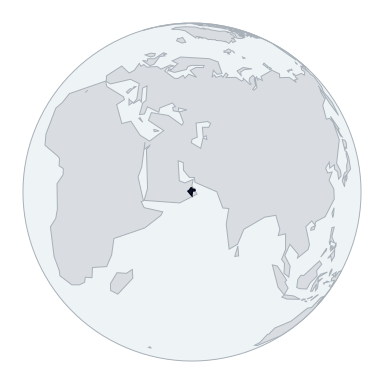 the Earth from above Ad Dakhliyah, rotated 23°
{"feature_id": "OMN-2404", "entity_name": "Ad Dakhliyah", "entity_type": "Region", "adm_level": 1, "iso_a3": "OMN", "parent_name": "Oman", "parent_adm1": "", "projection": "orthographic", "projection_center": [57.794, 22.3], "detail": "fine", "context": "on_globe", "style": "filled", "palette": "ink", "viewbox_px": 384, "rotation_deg": 23, "n_neighbors": 0, "source": "natural_earth", "source_scale": "10m", "svg_char_len": 10227}
<svg xmlns="http://www.w3.org/2000/svg" viewBox="0 0 384 384"><g transform="rotate(23 192 192)"><circle cx="192" cy="192" r="169" fill="#eef3f6" stroke="#a8b0b8"/><path d="M248.7,32.8L246.5,32.1L238.6,29.6L236.9,29.2L241.5,30.7L242.0,31.2L235.5,29.0L235.7,29.8L222.5,27.0L207.0,23.8L197.8,23.4L177.0,23.7L177.1,23.8L169.2,24.6L166.4,25.2L163.3,25.6L163.7,25.8L167.0,25.4L168.3,25.4L166.9,25.9L162.8,26.2L160.9,26.5L159.5,26.6L159.4,26.8L154.6,27.5L157.3,27.5L151.7,28.8L149.0,29.1L152.1,28.1L152.6,27.7L164.6,25.3L176.7,23.7L188.8,23.1L201.0,23.3L213.2,24.4L225.2,26.3L237.0,29.2L248.7,32.8ZM132.4,33.9L137.4,32.2L133.6,33.7L127.0,36.4L122.5,38.1L119.5,39.5L121.4,39.2L110.6,44.3L99.4,51.4L96.9,52.9L96.4,52.7L98.1,51.5L109.0,44.8L120.5,38.9L132.4,33.9ZM251.4,33.8L251.6,33.9L250.3,33.4L251.4,33.8ZM139.1,31.5L138.2,31.9L137.7,32.0L139.1,31.5ZM142.2,30.6L143.7,30.1L142.2,30.6ZM248.4,33.0L248.8,33.4L247.1,32.5L248.4,33.0ZM141.9,30.8L146.3,29.3L148.8,28.6L150.9,28.3L141.9,30.8ZM248.1,33.3L249.0,34.7L252.5,35.9L243.3,33.8L245.5,33.0L242.9,31.6L246.1,32.8L248.1,33.3ZM168.7,25.1L165.1,25.5L169.3,24.8L168.7,25.1ZM171.1,24.7L182.4,23.3L187.1,23.3L182.3,23.5L189.4,23.4L186.1,24.0L181.5,24.2L179.1,24.0L179.6,24.4L171.1,24.7ZM238.1,32.7L237.2,32.9L236.6,32.3L238.1,32.7ZM169.1,25.4L171.0,25.0L175.2,24.8L172.2,25.6L171.8,25.4L169.1,25.4ZM192.9,23.3L195.4,23.5L193.4,24.0L194.2,24.2L186.4,24.0L192.9,23.3ZM170.1,25.7L170.5,26.1L167.3,26.7L167.6,25.8L170.1,25.7ZM177.5,24.5L179.3,24.5L177.3,24.7L177.5,24.5ZM156.1,29.5L158.3,28.7L160.6,28.5L156.1,29.5ZM170.9,26.3L172.0,26.1L173.2,26.0L172.8,26.4L170.9,26.3ZM185.5,24.5L184.2,24.7L188.6,24.5L187.3,25.1L182.4,25.0L184.0,25.3L183.6,25.5L180.0,25.3L185.5,24.5ZM175.9,26.7L169.1,27.2L164.6,28.6L162.4,28.7L170.0,26.6L175.9,26.7ZM178.6,25.8L176.4,26.4L174.7,26.1L175.2,25.6L178.6,25.8ZM188.2,25.7L191.5,24.8L192.5,24.9L188.2,25.7ZM174.9,27.1L176.5,27.0L174.7,27.2L174.9,27.1ZM184.5,26.1L185.5,25.7L186.6,25.8L184.5,26.1ZM179.0,27.3L176.8,27.4L177.0,26.9L179.0,27.3ZM181.8,26.7L183.0,27.0L178.4,26.7L182.0,26.5L181.8,26.7ZM185.3,26.2L186.3,26.2L184.7,26.4L185.3,26.2ZM179.2,29.0L173.5,28.8L174.0,27.8L179.6,28.1L179.2,29.0ZM34.9,195.6L33.9,167.9L37.7,160.3L40.7,149.4L69.1,123.7L72.4,128.2L91.7,131.1L93.7,133.3L88.5,141.1L100.7,156.4L108.1,150.7L122.0,160.0L133.0,161.8L142.0,146.5L123.9,143.1L123.6,134.8L140.4,130.8L156.6,134.4L157.0,131.4L149.1,123.1L155.3,118.4L146.7,119.9L148.4,123.4L143.0,124.6L141.2,121.6L143.4,119.9L139.2,117.7L129.6,127.1L130.3,131.6L117.7,131.0L117.7,138.7L113.4,141.3L111.9,129.3L113.9,125.5L109.1,111.9L105.9,115.7L110.2,129.1L107.8,127.5L103.4,133.5L104.8,127.7L101.0,112.8L91.3,112.3L74.7,124.4L69.9,123.7L67.9,118.5L78.1,103.5L87.7,107.0L91.4,102.5L93.2,94.2L95.9,96.2L97.8,93.5L101.7,94.7L110.9,90.1L115.4,91.0L122.5,83.5L125.8,83.1L120.7,87.5L119.6,91.3L131.3,94.2L134.6,93.1L138.2,88.1L141.0,89.9L143.0,84.8L151.5,84.7L142.9,80.9L146.9,75.8L153.9,73.0L153.7,70.8L142.3,75.5L139.2,78.1L139.0,81.4L129.1,88.8L124.3,89.2L128.8,79.4L122.5,79.1L128.8,72.2L155.6,62.6L165.1,62.0L173.3,71.2L169.2,73.8L164.1,71.6L165.6,78.1L167.0,75.4L169.3,77.1L173.8,73.3L175.6,74.4L176.7,69.2L179.5,70.1L178.7,73.3L187.7,69.3L194.3,70.5L195.5,69.1L194.8,67.3L203.7,70.5L204.2,69.4L201.4,67.8L200.5,64.8L202.4,60.8L205.4,62.1L205.1,63.7L209.0,69.3L207.8,73.9L209.2,74.1L211.0,70.5L206.2,63.5L206.5,60.8L209.4,63.7L208.3,62.4L209.4,61.5L213.3,61.9L210.4,58.6L218.1,48.7L226.4,49.1L228.1,52.5L236.7,48.5L245.3,50.4L242.7,48.8L245.1,46.6L242.5,45.9L241.4,45.0L246.3,40.2L249.8,40.5L249.0,37.7L247.7,37.1L245.1,36.6L243.3,33.8L252.5,35.9L255.0,37.2L259.0,38.0L264.2,41.1L270.3,44.5L273.6,48.1L278.2,50.8L279.2,50.9L286.2,55.0L297.0,64.2L283.7,56.3L266.6,44.8L273.2,49.2L270.3,48.2L271.8,49.9L276.6,53.3L278.0,53.7L278.5,61.2L287.2,72.5L289.9,70.4L294.8,72.8L307.1,86.3L313.9,109.1L320.5,114.5L323.0,119.0L321.9,122.9L318.2,116.5L314.3,115.3L312.4,111.4L309.4,116.3L306.6,110.9L305.7,117.8L309.5,121.5L313.1,118.8L313.6,127.7L321.3,133.7L325.7,142.9L324.2,162.7L317.6,170.9L317.9,174.1L313.5,171.9L310.3,179.5L320.7,194.5L321.3,199.6L314.9,211.6L314.3,207.9L302.6,201.9L302.3,214.3L311.3,221.9L314.4,232.6L308.4,230.8L305.0,221.5L300.8,219.1L300.6,208.4L294.5,193.9L288.4,198.4L287.5,192.1L278.3,180.7L268.7,186.8L254.3,206.1L254.4,222.3L248.5,230.1L236.1,208.3L232.3,192.8L226.6,194.7L214.8,182.1L190.9,181.9L188.6,177.7L183.9,179.6L175.7,175.3L172.5,168.4L167.0,168.6L175.9,186.6L181.8,186.5L188.2,179.9L189.4,186.3L197.5,191.9L184.9,206.9L151.2,218.4L149.7,206.1L133.4,170.5L134.8,166.9L134.8,166.4L134.8,165.6L131.4,171.4L129.2,164.4L136.0,189.0L136.4,199.1L150.7,219.1L149.0,220.8L154.1,225.1L172.8,221.7L172.5,225.7L162.6,243.5L138.3,265.3L142.6,281.3L142.6,294.0L129.9,300.4L133.4,310.0L127.1,312.1L128.4,317.1L124.7,321.4L117.7,324.4L103.2,320.7L100.4,316.1L90.2,305.2L75.3,279.4L76.9,269.6L74.8,260.4L64.5,237.1L66.6,226.5L64.4,220.7L59.4,219.8L57.0,212.9L54.2,211.4L38.4,206.4L34.9,195.6ZM56.3,139.0L54.8,142.1L56.3,139.0ZM172.0,146.9L182.9,148.4L181.1,138.0L185.2,137.9L183.1,134.6L181.0,137.3L176.3,128.4L182.1,125.9L182.4,121.6L178.8,121.0L168.8,127.0L175.4,139.5L171.5,143.4L172.0,146.9ZM91.4,56.3L95.9,53.5L92.9,55.4L87.9,59.3L83.6,62.6L86.7,60.1L85.9,60.6L90.9,56.6L91.4,56.3ZM104.2,79.0L104.3,81.3L101.1,83.9L95.3,84.1L100.0,80.2L104.2,79.0ZM105.3,84.0L111.4,74.9L115.2,74.8L112.1,76.3L114.0,77.2L109.4,79.9L107.1,89.2L104.0,92.2L95.1,90.3L99.7,89.0L99.2,86.7L105.3,84.0ZM120.2,56.0L122.9,53.3L127.7,56.5L124.6,58.8L118.7,58.8L118.8,56.2L120.2,56.0ZM144.6,30.9L145.3,30.4L146.5,30.2L146.8,30.4L144.6,30.9ZM157.0,29.1L142.7,32.9L142.8,32.5L134.3,35.8L131.3,36.1L136.8,33.8L128.2,36.8L132.0,34.9L126.1,37.2L138.8,32.1L141.9,30.9L139.6,32.1L142.3,31.7L144.5,31.2L152.7,29.1L160.7,26.8L164.7,26.5L165.4,27.0L164.0,27.5L161.9,27.4L161.7,28.2L157.5,28.5L157.0,29.1ZM171.0,38.5L169.1,37.2L168.0,40.8L163.8,40.3L164.0,40.7L159.8,41.4L155.0,43.1L153.6,42.6L152.3,43.6L149.6,44.2L147.4,45.4L144.0,45.0L141.1,46.5L141.1,45.6L137.0,48.3L138.6,46.2L135.1,47.1L135.4,48.7L122.4,46.3L115.8,47.7L109.4,50.3L112.9,46.8L121.2,42.5L131.2,38.7L137.1,38.1L137.6,36.9L140.6,36.4L138.9,37.6L143.3,35.5L145.3,35.5L154.1,33.5L159.2,31.1L162.6,30.6L161.6,31.5L165.6,30.3L166.1,31.8L168.5,31.6L171.3,33.0L168.1,35.3L171.0,34.9L173.3,36.3L171.0,38.5ZM179.9,29.5L176.9,31.8L173.2,32.9L169.8,30.0L167.5,30.1L165.2,28.8L170.6,27.4L170.8,27.8L172.2,28.0L169.9,28.3L172.8,28.2L173.2,28.9L175.5,29.1L173.9,29.7L179.9,29.5ZM97.7,131.0L99.5,132.0L102.7,132.5L100.0,136.6L97.7,131.0ZM94.8,120.9L96.7,120.9L94.5,126.4L92.6,125.6L94.8,120.9ZM99.6,116.5L97.0,120.5L97.3,117.9L99.6,116.5ZM122.6,87.4L124.9,87.3L124.4,88.6L122.3,90.1L122.6,87.4ZM166.9,50.9L166.3,49.5L167.5,49.2L169.7,46.0L172.9,46.4L172.9,48.5L166.9,50.9ZM137.9,148.7L133.6,151.2L132.4,149.4L134.1,148.9L137.9,148.7ZM115.1,143.9L119.4,147.0L114.3,145.0L115.1,143.9ZM170.8,50.8L171.3,49.4L172.6,50.5L170.8,50.8ZM175.4,46.6L177.2,47.6L173.6,46.1L175.4,46.6ZM213.6,350.9L215.6,351.7L212.7,352.0L213.6,350.9ZM171.2,294.4L163.6,315.0L155.6,314.5L152.7,308.2L154.5,295.6L163.4,292.5L167.3,286.6L171.2,294.4ZM338.0,248.4L340.2,247.7L340.0,248.5L338.0,248.4ZM335.7,247.4L338.5,246.1L335.0,249.2L335.7,247.4ZM339.6,245.6L342.5,242.6L343.7,240.7L343.3,242.3L339.6,245.6ZM333.6,248.5L321.1,253.5L315.8,253.6L317.4,250.5L326.0,248.0L333.6,248.5ZM317.0,250.6L308.4,246.0L294.4,227.7L299.5,226.8L313.6,236.2L312.8,238.8L318.0,242.9L317.0,250.6ZM336.4,229.3L335.5,236.5L328.9,238.9L325.7,239.0L323.6,231.1L324.8,226.1L327.5,225.2L336.3,205.6L339.7,207.8L337.4,215.6L340.0,220.4L336.4,229.3ZM255.3,223.8L259.9,232.6L256.5,234.6L255.3,223.8ZM338.5,193.1L335.9,201.6L337.9,191.0L338.5,193.1ZM338.9,183.6L339.7,186.9L337.8,184.4L338.9,183.6ZM319.1,178.9L316.3,180.8L315.6,178.4L318.7,174.6L319.1,178.9ZM328.9,150.9L331.3,157.9L331.6,160.6L329.1,156.8L328.9,150.9ZM199.2,55.2L192.5,58.8L189.9,62.4L191.7,65.6L186.2,63.0L190.4,57.4L199.2,55.2ZM215.5,49.2L213.8,46.9L216.4,47.2L217.2,47.7L215.5,49.2ZM213.2,48.3L207.6,46.9L207.9,45.2L212.2,46.6L213.2,48.3ZM189.0,48.0L186.8,49.0L185.8,48.0L189.0,48.0ZM330.3,289.0L330.2,289.2L312.0,307.9L309.5,308.6L313.3,304.1L317.1,293.4L318.2,293.0L321.3,284.9L333.8,272.0L343.7,253.8L347.1,251.7L351.8,238.9L354.1,236.4L351.5,245.6L351.5,247.6L357.3,226.7L356.9,228.8L353.5,241.6L349.1,254.1L343.8,266.2L337.5,277.9L330.3,289.0ZM343.5,245.8L347.1,238.5L348.6,237.0L343.5,245.8ZM359.2,216.6L358.0,223.0L356.5,226.1L357.5,222.0L357.7,217.6L354.9,219.6L354.4,217.1L355.7,213.6L353.3,213.6L356.1,209.4L356.8,214.9L358.1,208.2L359.6,206.7L360.3,206.1L360.3,207.2L359.2,216.6ZM355.2,223.8L355.6,223.3L355.0,225.7L355.2,223.8ZM349.7,223.3L349.5,225.2L348.6,224.4L349.7,223.3ZM350.9,221.3L353.2,221.2L350.6,223.0L350.9,221.3ZM341.7,221.1L342.7,224.8L345.8,220.2L343.4,225.6L345.1,231.4L344.2,234.5L342.6,228.1L341.4,236.4L339.9,237.0L339.6,230.7L341.2,221.6L342.6,217.4L348.0,212.7L341.7,221.1ZM351.1,216.1L350.3,211.6L350.8,207.8L351.6,209.9L351.1,216.1ZM347.5,201.1L344.7,196.7L342.8,200.2L346.0,189.6L348.2,195.5L347.5,201.1ZM344.1,189.6L342.4,192.7L343.7,186.8L344.1,189.6ZM341.6,191.1L340.7,187.2L342.4,186.8L341.6,191.1ZM345.1,189.1L344.3,182.1L345.7,185.6L345.1,189.1ZM338.2,178.6L343.0,183.2L337.9,183.0L334.7,170.1L336.6,168.7L338.2,178.6ZM329.5,121.3L327.3,118.1L328.2,116.3L329.4,119.0L329.5,121.3ZM329.0,108.9L327.7,114.9L326.3,120.2L328.1,121.1L330.4,127.6L326.0,123.1L324.9,115.0L326.4,112.1L323.9,107.1L323.3,102.6L319.1,97.0L318.0,94.0L322.3,98.4L329.0,108.9ZM317.2,94.8L309.7,85.0L312.6,84.6L314.9,86.7L317.2,91.2L315.5,91.1L317.2,94.8ZM308.7,82.6L307.0,82.5L292.4,70.7L290.0,68.3L302.7,76.4L301.8,76.8L304.9,80.0L308.7,82.6ZM238.9,33.4L237.3,32.9L238.9,33.1L238.9,33.4ZM239.9,44.7L238.7,43.6L240.7,43.7L239.9,44.7ZM236.6,40.7L235.2,41.4L235.4,40.1L236.6,40.7ZM232.4,43.1L234.1,41.4L234.2,43.9L232.4,43.1Z" fill="#d9dde1" stroke="#a8b0b8" stroke-width="1"/><path d="M192.8,193.7L193.1,194.7L193.4,195.5L192.5,195.1L188.0,192.8L188.5,192.1L189.0,190.8L189.5,188.5L190.3,188.4L191.1,189.3L191.4,189.3L191.5,189.4L192.2,189.2L192.3,189.1L192.9,188.6L193.5,188.5L194.2,189.2L194.0,189.9L193.6,190.0L193.2,190.3L192.4,190.8L192.1,191.3L192.8,193.7Z" fill="#0f172a" stroke="#020617" stroke-width="1.5"/></g></svg>